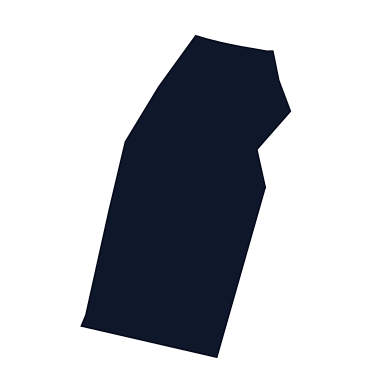 El Arish 4, Shamal Sina', Egypt (Albers equal-area conic projection), rotated 13°
{"feature_id": "37247803B14702199074319", "entity_name": "El Arish 4", "entity_type": "district", "adm_level": 2, "iso_a3": "EGY", "parent_name": "Egypt", "parent_adm1": "Shamal Sina'", "projection": "albers", "projection_center": [33.619, 30.865], "detail": "fine", "context": "isolated", "style": "filled", "palette": "ink", "viewbox_px": 384, "rotation_deg": 13, "n_neighbors": 0, "source": "geoboundaries", "source_scale": "gbopen_adm2", "svg_char_len": 399}
<svg xmlns="http://www.w3.org/2000/svg" viewBox="0 0 384 384"><g transform="rotate(13 192 192)"><path d="M253.3,347.4L262.2,172.0L262.6,171.5L245.6,136.0L269.7,91.2L251.5,63.8L239.1,36.5L233.0,38.0L217.7,38.8L207.9,39.4L194.9,39.8L185.4,39.9L171.2,39.6L160.5,38.9L136.0,96.9L115.8,158.1L115.4,228.6L116.3,335.9L114.3,347.5L253.3,347.4Z" fill="#0f172a" stroke="#020617" stroke-width="1.5"/></g></svg>